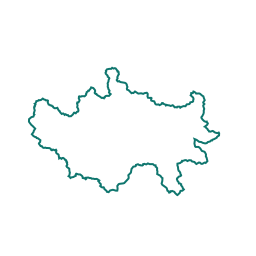 Chiem Hoa, Tuyên Quang, Vietnam (Natural Earth projection), rotated 136°
{"feature_id": "81297802B40107493867560", "entity_name": "Chiem Hoa", "entity_type": "district", "adm_level": 2, "iso_a3": "VNM", "parent_name": "Vietnam", "parent_adm1": "Tuyên Quang", "projection": "natural_earth1", "projection_center": [105.271, 22.169], "detail": "fine", "context": "isolated", "style": "outline", "palette": "teal", "viewbox_px": 256, "rotation_deg": 136, "n_neighbors": 0, "source": "geoboundaries", "source_scale": "gbopen_adm2", "svg_char_len": 5821}
<svg xmlns="http://www.w3.org/2000/svg" viewBox="0 0 256 256"><g transform="rotate(136 128 128)"><path d="M58.2,92.0L56.4,92.2L56.4,93.6L56.1,94.2L53.5,94.7L52.7,96.7L51.8,98.4L52.2,100.0L52.4,102.5L52.8,103.4L55.1,105.5L54.9,106.4L55.3,108.2L55.6,108.8L57.1,108.1L58.3,109.2L59.3,108.2L60.2,108.0L60.0,104.7L60.7,103.3L61.7,102.8L62.7,101.9L63.5,102.0L65.4,103.2L66.6,102.6L67.4,102.7L69.4,104.2L71.5,103.7L72.9,105.2L75.0,106.1L76.3,106.3L76.0,107.4L76.2,107.7L77.7,109.0L78.5,108.8L79.2,109.8L80.1,110.5L79.9,111.9L80.0,113.3L82.0,114.2L82.7,115.8L83.4,116.5L84.2,117.9L85.0,117.9L84.8,118.6L85.8,121.0L85.6,121.7L86.2,122.3L87.3,121.9L89.4,122.5L89.7,123.8L90.9,124.7L91.5,125.5L91.6,126.4L90.6,128.9L91.9,130.9L92.2,131.7L91.1,132.9L90.5,133.0L90.3,133.3L90.5,133.8L91.2,134.2L92.6,135.9L91.9,137.4L90.9,138.0L90.0,139.1L90.0,140.3L91.9,141.6L93.3,142.0L94.5,143.9L96.7,145.6L97.6,149.4L99.8,149.4L100.5,150.3L101.3,150.6L101.3,154.7L102.0,156.3L101.3,157.3L99.9,157.9L99.3,159.4L98.7,160.1L98.5,161.3L98.8,162.6L101.6,166.4L101.8,167.9L102.9,168.4L103.0,170.0L102.6,170.5L101.0,170.9L100.4,172.0L98.1,172.9L97.4,172.9L95.9,174.8L96.4,175.8L96.2,176.2L95.7,176.4L95.8,177.2L95.5,179.3L95.9,180.2L97.1,180.8L97.6,182.3L98.9,182.2L100.6,183.7L102.4,184.8L104.2,184.5L104.6,183.6L105.6,183.5L106.3,182.5L106.3,179.8L107.0,179.0L106.7,177.3L106.9,176.7L108.6,176.0L109.8,175.0L111.6,174.3L112.5,173.0L114.0,171.7L114.2,170.9L115.0,169.7L115.4,167.6L116.9,166.9L117.2,165.8L116.8,164.6L116.9,164.4L119.4,164.3L121.0,166.0L122.0,166.5L122.8,166.5L123.4,166.1L124.2,166.6L124.7,166.2L125.5,167.6L126.1,168.0L126.4,170.1L127.3,173.2L127.0,174.5L127.6,175.0L127.7,176.1L127.5,176.5L125.9,177.4L125.4,178.4L125.2,180.8L126.3,182.8L127.5,182.3L129.5,182.2L130.1,181.9L130.8,182.5L131.6,182.2L132.8,182.5L133.6,181.9L134.3,181.8L135.0,181.0L136.8,180.9L137.3,181.0L137.6,181.5L139.2,183.0L140.2,183.3L140.9,184.5L141.4,184.7L142.9,183.4L143.3,182.1L143.8,181.4L145.9,180.8L146.6,181.6L147.5,181.2L148.6,179.3L150.1,178.3L150.5,176.5L151.5,175.0L152.4,174.5L153.5,175.1L155.4,174.9L156.0,176.4L156.2,176.5L158.3,176.0L160.8,176.1L162.4,177.5L162.5,178.0L162.2,178.9L163.1,179.9L163.3,181.2L164.5,181.5L164.3,182.3L164.6,183.6L165.9,184.1L165.9,186.4L165.4,187.7L165.7,188.3L165.5,189.3L164.8,191.6L166.0,192.2L167.1,193.3L167.4,194.8L167.0,195.5L167.4,196.4L167.3,197.2L168.2,198.2L168.2,199.0L168.8,200.0L168.0,202.1L166.6,203.3L167.0,204.2L167.9,204.9L167.9,205.7L168.6,206.8L168.7,207.8L168.9,208.4L170.8,208.5L172.3,209.3L172.7,210.0L173.5,210.0L175.4,211.0L176.1,210.4L177.7,210.0L178.2,210.2L178.3,209.1L180.0,208.7L180.2,208.1L181.1,208.2L182.1,206.9L182.8,205.5L185.5,204.0L186.0,203.5L186.0,202.7L186.7,202.6L188.1,201.9L189.9,202.9L193.0,203.1L194.7,201.5L195.0,200.8L195.4,197.2L195.2,196.0L195.2,192.0L197.7,191.4L198.8,190.7L201.5,190.3L201.6,188.0L201.2,186.4L200.5,185.3L200.7,184.2L200.0,183.4L199.5,180.1L200.9,179.0L202.1,179.0L203.0,178.6L203.4,175.7L202.6,174.8L202.9,173.4L202.4,172.2L201.0,171.2L200.7,170.4L198.6,168.3L198.3,167.7L198.1,166.4L198.5,165.6L198.2,164.8L196.9,164.6L196.2,162.9L194.9,162.4L195.1,161.6L196.4,160.7L196.9,160.0L196.9,158.8L196.5,157.7L196.5,157.0L198.6,154.0L197.7,153.9L197.2,152.0L196.2,152.1L195.5,151.6L195.1,150.0L195.4,148.7L194.9,147.9L195.1,147.2L195.8,146.7L195.5,146.2L195.6,145.6L196.7,144.7L196.9,144.0L197.3,143.7L198.7,143.4L199.0,142.2L198.5,139.6L200.1,137.7L200.8,136.3L203.2,134.6L204.2,134.6L203.9,133.4L204.1,132.0L203.1,131.8L201.2,130.6L200.4,130.5L198.9,129.9L198.4,130.6L197.9,130.5L197.1,131.1L196.8,130.9L196.0,129.2L194.7,127.8L194.4,126.1L194.4,124.7L195.3,123.5L194.1,121.8L194.0,120.5L193.4,120.5L192.9,121.5L191.0,120.0L190.4,118.7L189.5,117.8L189.3,116.7L188.2,115.7L187.3,114.3L186.1,113.4L185.6,112.5L185.2,110.7L185.7,110.9L186.3,110.4L186.1,109.6L186.6,108.4L186.5,106.7L187.4,105.6L188.3,105.6L188.2,104.2L187.8,103.1L186.7,102.3L187.0,101.0L187.4,100.5L187.1,97.7L187.5,96.8L186.5,95.3L184.3,95.5L182.0,94.2L181.6,93.8L180.2,91.3L179.2,90.4L177.7,91.5L176.0,93.7L173.8,94.1L173.0,93.8L169.8,91.4L168.9,91.0L162.7,91.3L161.6,92.2L160.6,93.8L156.9,93.9L153.9,96.1L151.0,96.5L149.3,95.3L148.7,95.3L147.9,95.9L146.0,95.0L145.6,93.4L145.0,92.9L144.9,92.4L143.8,91.1L143.1,90.9L142.2,91.5L141.0,90.7L140.8,90.1L140.1,89.1L138.3,88.7L137.5,86.9L135.2,84.7L135.0,82.9L134.1,82.0L135.0,80.9L134.8,80.3L134.9,78.9L136.4,77.5L136.9,76.4L139.0,74.6L137.9,71.1L138.2,68.9L138.0,68.0L140.2,66.0L142.4,64.7L142.8,63.3L141.9,58.3L142.1,57.5L143.2,55.5L142.9,54.6L143.3,52.9L142.1,52.4L141.3,53.0L140.9,52.5L140.0,52.1L139.0,49.9L139.3,48.5L139.2,45.9L139.0,45.4L135.9,45.4L133.9,46.3L132.4,45.1L130.5,45.0L130.4,46.5L129.8,47.9L129.6,49.9L128.8,50.6L129.1,51.9L129.9,52.7L129.1,54.3L129.2,55.3L128.4,57.2L127.7,57.7L126.3,57.6L125.5,57.8L123.7,57.0L122.8,56.9L122.4,57.5L122.2,58.6L121.5,59.5L121.1,61.0L121.3,62.0L120.6,63.4L119.1,65.3L118.5,66.7L117.2,68.0L114.9,66.6L113.4,66.5L112.7,66.2L111.9,66.8L111.3,66.2L109.2,65.2L108.5,64.4L108.2,62.9L106.4,62.4L105.1,60.9L105.2,59.5L103.8,57.4L103.9,55.4L103.8,54.6L100.9,53.9L100.3,53.0L100.3,51.9L100.0,51.1L99.2,50.5L97.1,50.0L96.6,49.6L96.4,48.9L93.9,49.0L92.0,52.2L91.8,53.4L90.2,54.9L89.5,57.3L89.6,58.0L90.8,60.3L90.2,63.2L90.4,65.4L92.5,67.4L92.5,68.2L91.0,70.7L88.2,72.9L87.8,73.8L86.9,71.8L86.4,68.6L85.1,67.1L84.5,65.3L83.2,63.3L81.8,62.4L80.5,62.5L78.3,61.3L76.8,61.3L76.1,60.6L75.4,60.9L73.8,60.2L71.0,59.4L69.9,59.8L67.7,59.4L66.1,60.9L65.9,61.7L67.3,62.2L68.5,64.2L68.8,65.5L68.8,66.3L69.3,67.2L71.2,68.1L72.1,69.2L71.8,69.8L71.9,71.1L71.5,72.2L71.7,73.5L71.5,74.9L71.8,75.6L68.7,75.3L67.3,75.9L67.4,77.3L66.9,77.9L67.9,78.7L68.4,79.9L68.5,82.4L68.1,84.4L67.4,84.9L66.5,84.9L63.8,85.8L62.5,86.7L61.6,87.8L59.9,88.8L58.7,91.4L58.2,92.0Z" fill="none" stroke="#0f766e" stroke-width="2"/></g></svg>